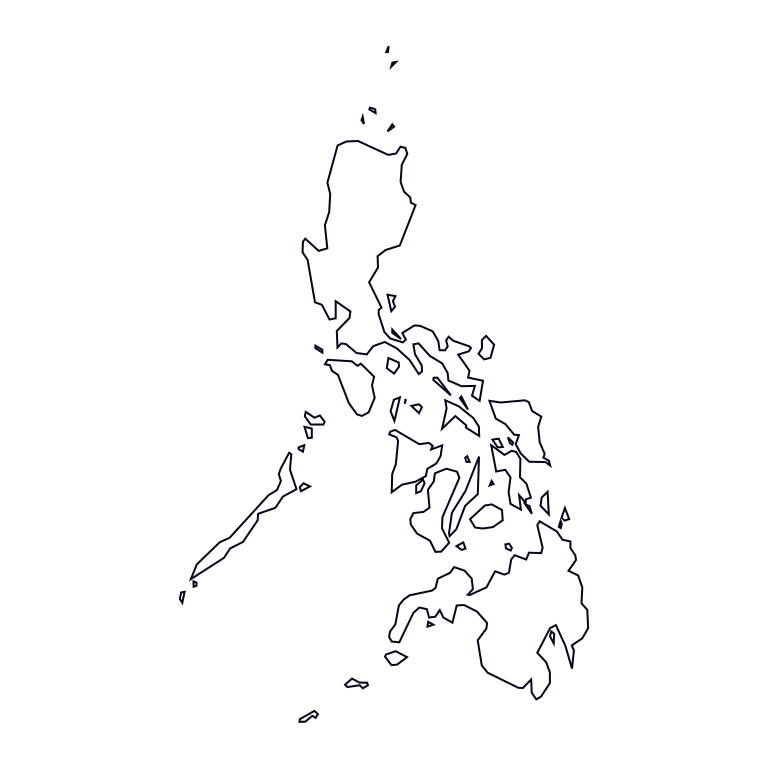 Philippines, Albers equal-area conic projection
{"feature_id": "PHL", "entity_name": "Philippines", "entity_type": "country or territory", "adm_level": 0, "iso_a3": "PHL", "parent_name": "Asia", "parent_adm1": "", "projection": "albers", "projection_center": [122.681, 12.951], "detail": "fine", "context": "isolated", "style": "outline", "palette": "ink", "viewbox_px": 768, "rotation_deg": 0, "n_neighbors": 0, "source": "natural_earth", "source_scale": "50m", "svg_char_len": 6166}
<svg xmlns="http://www.w3.org/2000/svg" viewBox="0 0 768 768"><path d="M358.0,141.0L388.2,154.9L396.1,153.5L400.5,146.7L405.3,147.9L407.3,153.9L401.8,164.8L400.6,182.0L404.1,191.8L410.2,197.3L411.0,202.8L415.6,205.1L399.8,245.5L385.6,250.0L377.6,256.2L378.0,267.5L369.1,282.3L381.5,307.6L378.7,310.0L378.7,314.3L384.4,332.1L390.3,338.5L402.8,342.4L405.9,339.6L402.3,333.0L414.3,325.5L420.0,325.8L432.7,331.3L438.3,341.1L439.6,350.2L445.0,350.3L447.7,346.4L446.1,340.4L448.7,336.7L453.3,340.8L469.2,346.3L471.0,347.9L468.8,351.3L458.2,354.6L469.5,370.7L468.1,377.6L483.0,380.7L479.6,400.9L472.0,395.7L474.9,385.9L461.5,386.2L448.4,380.5L447.7,373.1L442.2,363.4L429.8,355.9L418.6,343.4L413.4,344.3L415.0,354.2L421.7,365.4L422.0,371.6L418.8,374.1L409.6,360.0L397.0,348.5L384.8,342.0L373.3,346.1L366.8,354.4L356.5,353.0L346.0,344.1L341.3,343.4L337.5,347.5L336.8,331.0L349.5,318.0L350.4,311.4L335.7,301.2L335.7,318.3L329.5,319.5L321.9,304.8L315.0,302.3L307.6,259.8L302.6,252.4L302.9,241.8L305.3,238.7L318.7,250.9L327.3,248.3L324.9,225.2L329.2,212.0L330.2,193.9L327.4,182.7L337.6,145.5L346.3,141.5L358.0,141.0ZM562.5,539.7L570.4,541.5L570.4,548.0L575.3,555.4L576.0,560.0L568.5,570.8L578.1,575.4L582.3,587.4L581.5,603.3L587.3,609.9L588.1,628.3L582.2,638.4L571.8,645.4L573.9,650.5L572.0,668.6L565.4,645.9L555.9,625.1L550.1,628.1L537.3,652.8L546.2,662.3L549.9,672.5L549.9,683.1L541.0,696.6L536.3,699.4L531.7,692.7L531.2,679.4L522.9,688.0L518.3,687.8L487.6,672.7L481.8,665.5L477.7,640.3L486.4,628.5L487.1,623.0L476.9,611.5L464.0,605.0L456.7,605.5L452.4,622.7L443.3,617.5L439.8,610.1L435.3,616.7L429.1,617.5L426.9,609.2L419.4,607.5L413.4,612.8L399.3,642.3L391.7,641.5L389.1,636.9L390.0,631.6L395.3,624.5L398.9,605.4L403.6,599.6L409.7,595.3L432.0,590.6L435.6,587.8L437.8,578.7L450.1,572.8L454.1,567.1L464.5,570.6L471.7,578.6L472.9,589.1L467.7,594.7L469.6,595.1L486.5,587.3L495.1,571.3L504.3,574.6L508.9,572.8L511.2,559.5L514.6,555.2L526.2,559.5L529.0,552.7L541.2,553.1L542.6,547.7L537.3,525.1L539.7,521.3L556.9,531.5L562.5,539.7ZM441.2,551.6L435.4,551.9L430.0,540.7L417.2,533.7L410.8,524.6L410.3,519.1L413.4,513.1L423.5,511.9L429.5,507.7L427.9,489.8L433.8,481.4L434.9,473.3L446.3,468.7L457.0,471.7L459.4,477.8L442.4,517.3L442.0,528.4L449.2,542.7L441.2,551.6ZM528.8,402.2L532.2,411.1L541.3,416.6L538.1,426.9L539.7,442.3L544.7,453.9L543.3,457.6L548.8,460.6L550.2,465.6L545.6,462.1L529.1,461.7L520.7,453.4L515.7,444.1L518.9,435.1L514.2,434.7L505.5,424.2L495.8,418.6L489.4,400.8L500.7,402.5L525.0,400.3L528.8,402.2ZM395.0,429.9L419.3,444.2L428.8,442.9L432.7,445.7L431.1,449.5L442.2,445.4L440.6,456.1L436.3,463.5L427.3,468.9L425.9,476.1L415.5,481.7L401.9,484.7L391.7,492.3L392.2,474.0L395.8,464.3L398.1,440.8L396.5,437.3L389.2,434.4L390.2,431.7L395.0,429.9ZM223.9,557.9L190.9,579.1L196.8,564.4L219.8,542.2L229.6,537.8L268.5,495.2L277.0,490.0L280.9,481.0L278.8,474.2L280.7,468.7L289.1,452.8L291.3,454.2L290.0,469.7L296.5,489.2L283.0,496.5L275.4,507.8L258.1,513.8L257.7,520.2L243.0,541.9L230.2,548.4L223.9,557.9ZM327.6,359.8L351.7,361.3L357.5,365.8L360.9,363.7L374.1,376.7L372.0,385.3L374.7,397.9L368.6,412.4L362.0,415.9L357.0,414.4L348.9,403.2L337.9,374.8L332.0,370.9L329.8,365.1L325.0,364.3L327.6,359.8ZM491.2,445.2L504.4,454.9L511.7,450.8L516.3,452.0L520.4,458.9L520.0,477.3L526.4,483.6L530.9,497.7L525.9,499.3L525.7,502.8L519.1,495.2L520.9,509.6L510.5,503.9L508.6,492.2L510.5,477.5L505.3,469.8L496.2,471.5L491.2,445.2ZM456.4,529.1L449.6,536.2L449.0,533.4L451.9,512.8L465.5,491.0L479.0,456.6L477.8,494.1L465.1,505.9L456.4,529.1ZM502.7,520.3L492.9,527.1L482.9,528.5L475.1,527.5L470.0,519.2L484.9,505.5L491.8,504.4L502.0,510.0L502.7,520.3ZM458.8,406.3L473.4,418.1L478.9,426.7L479.2,436.0L465.8,427.5L466.2,425.3L455.3,416.1L442.1,428.7L446.6,408.4L445.3,400.3L458.8,406.3ZM494.1,344.7L490.5,357.8L484.2,359.4L478.5,353.8L482.0,348.3L481.9,340.1L486.1,335.9L494.1,344.7ZM397.1,664.6L391.4,665.1L385.0,656.6L386.0,654.5L395.7,651.2L407.0,657.1L397.1,664.6ZM314.5,417.7L319.9,415.5L324.6,421.7L323.4,424.5L310.7,424.5L304.8,416.3L305.7,411.9L314.5,417.7ZM388.4,358.0L398.7,362.5L399.0,366.7L394.1,373.6L386.8,368.2L388.4,358.0ZM352.0,678.6L359.5,682.6L367.1,682.7L367.9,685.3L362.9,688.3L359.7,685.2L347.4,687.1L345.1,684.7L352.0,678.6ZM548.8,514.4L540.5,505.7L541.7,497.5L547.6,491.8L548.8,514.4ZM399.9,397.4L394.4,420.9L390.6,411.2L393.9,399.7L399.9,397.4ZM318.0,714.1L315.5,717.9L312.3,715.8L305.4,721.6L299.5,721.9L299.8,719.2L314.4,710.9L318.0,714.1ZM395.5,296.2L392.9,301.0L395.0,306.7L391.3,311.2L387.5,294.7L395.5,296.2ZM420.9,491.2L416.2,493.2L416.2,485.4L423.0,479.6L424.6,483.3L420.9,491.2ZM311.8,437.7L307.9,438.2L304.5,426.8L311.8,428.5L311.8,437.7ZM502.8,447.0L497.6,447.3L492.4,439.6L498.7,438.7L502.8,447.0ZM421.9,407.2L419.0,413.2L411.4,405.9L419.0,404.3L421.9,407.2ZM564.5,520.6L561.6,517.5L564.9,508.0L569.2,519.1L564.5,520.6ZM437.3,377.6L450.8,395.3L433.3,379.9L433.7,377.8L437.3,377.6ZM310.0,486.4L300.9,491.2L299.8,487.1L303.5,483.3L310.0,486.4ZM463.3,542.4L465.5,548.6L461.6,549.9L456.5,546.1L463.3,542.4ZM461.3,396.4L468.0,409.6L459.9,398.2L461.3,396.4ZM184.6,591.8L182.3,602.9L179.9,599.1L181.1,592.5L184.6,591.8ZM511.9,547.9L510.7,550.5L506.0,548.4L505.4,544.4L509.0,543.6L511.9,547.9ZM554.2,633.8L553.7,643.4L550.0,636.3L551.3,631.4L554.2,633.8ZM322.3,349.7L322.4,352.6L315.4,348.2L315.4,345.7L322.3,349.7ZM529.4,506.0L531.9,513.8L525.3,504.3L529.4,506.0ZM394.1,126.6L387.5,131.4L392.3,124.3L394.1,126.6ZM392.3,329.5L401.1,339.1L392.2,332.7L392.3,329.5ZM375.2,109.2L375.6,113.1L369.3,109.4L370.0,107.6L375.2,109.2ZM304.3,445.2L302.9,451.7L298.7,449.2L298.6,447.4L304.3,445.2ZM428.2,621.8L433.4,624.7L427.5,626.6L428.2,621.8ZM513.1,442.5L512.3,444.7L510.0,443.1L507.9,437.4L513.1,442.5ZM467.2,456.2L469.7,461.9L466.4,461.9L465.2,457.7L467.2,456.2ZM196.5,585.8L193.6,586.7L193.5,581.4L196.5,582.6L196.5,585.8ZM560.8,528.0L558.8,526.9L560.6,520.9L561.7,524.1L560.8,528.0ZM362.7,116.7L364.0,123.9L361.5,120.2L362.7,116.7ZM396.0,62.0L391.3,66.6L392.4,62.6L396.0,62.0ZM388.7,46.1L387.9,52.1L386.3,52.0L388.7,46.1ZM493.6,484.0L489.7,485.4L491.6,480.9L493.6,484.0ZM405.8,400.1L404.7,403.8L405.4,399.9L405.8,400.1Z" fill="none" stroke="#020617" stroke-width="2"/></svg>